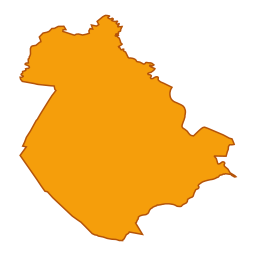 outline of Dagda, Dagdas, Latvia
{"feature_id": "27541924B81677666502993", "entity_name": "Dagda", "entity_type": "district", "adm_level": 2, "iso_a3": "LVA", "parent_name": "Latvia", "parent_adm1": "Dagdas", "projection": "equal_earth", "projection_center": [27.535, 56.098], "detail": "fine", "context": "isolated", "style": "filled", "palette": "amber", "viewbox_px": 256, "rotation_deg": 0, "n_neighbors": 0, "source": "geoboundaries", "source_scale": "gbopen_adm2", "svg_char_len": 5738}
<svg xmlns="http://www.w3.org/2000/svg" viewBox="0 0 256 256"><path d="M122.7,240.6L122.8,239.9L124.0,239.0L125.2,236.8L126.3,234.7L128.5,233.3L129.3,232.0L142.5,234.4L135.6,223.0L136.3,222.5L136.5,222.2L136.6,221.7L137.2,220.4L137.4,219.9L137.9,219.4L138.1,219.0L138.2,218.2L138.4,217.9L138.4,217.1L139.6,216.1L140.7,215.6L141.5,215.4L142.4,215.1L146.0,214.6L146.9,214.0L147.6,213.7L148.5,212.7L149.5,210.3L150.7,208.7L151.9,208.1L152.5,207.5L153.4,206.9L155.6,206.0L156.7,205.7L156.9,205.2L157.4,205.0L158.2,205.1L160.6,204.7L162.3,204.3L163.8,204.1L164.1,204.0L165.5,203.8L167.4,203.8L168.8,203.8L170.0,203.9L172.4,204.3L173.4,204.5L174.3,204.8L175.4,205.3L177.0,206.2L177.3,206.3L177.6,206.3L178.3,206.4L179.6,206.5L180.0,206.5L180.3,206.5L180.9,206.4L181.2,206.3L181.4,206.2L181.6,206.0L182.0,205.5L182.4,205.1L182.9,204.7L183.2,204.5L183.8,204.2L184.9,203.6L185.9,203.2L186.1,203.0L186.4,202.8L186.6,202.6L186.8,202.3L187.2,201.7L187.3,201.5L187.4,201.2L187.4,200.9L187.5,200.6L187.5,200.1L187.5,199.9L187.6,199.7L187.8,199.3L188.1,199.1L188.3,198.9L188.8,198.6L189.7,198.1L190.4,197.7L191.9,197.2L192.1,197.1L192.4,196.9L192.6,196.7L192.9,196.4L193.1,196.2L193.5,195.1L193.7,194.4L193.9,193.7L194.2,192.9L194.5,192.3L194.9,191.5L195.7,189.7L197.6,188.9L198.0,188.7L198.3,188.4L198.6,188.1L198.8,187.8L198.9,187.3L198.9,186.8L198.5,186.2L198.3,185.9L198.2,185.6L198.5,185.0L199.1,184.3L199.8,183.8L201.9,182.3L202.8,181.8L205.4,180.9L208.0,180.2L210.7,179.6L211.7,179.5L212.7,179.3L213.7,179.0L214.8,178.6L216.0,178.1L216.6,177.5L217.7,177.4L218.2,177.1L218.7,176.7L219.6,175.4L220.1,175.2L222.0,174.8L222.7,174.4L223.2,174.1L224.7,174.1L225.4,173.7L230.6,174.4L231.1,174.6L231.6,175.3L233.0,176.1L233.5,176.2L233.8,176.6L234.4,176.9L234.8,177.0L235.9,176.7L234.8,175.7L230.1,172.8L227.9,169.1L224.5,166.3L224.1,164.8L224.8,163.1L224.2,162.2L223.5,161.9L222.3,161.9L219.8,163.7L218.6,164.0L217.8,163.7L216.3,158.6L214.7,156.7L214.4,156.3L214.5,156.0L226.1,156.2L227.3,151.8L228.3,149.2L228.4,146.6L229.6,144.8L231.3,144.8L232.5,144.7L233.7,144.5L234.2,144.4L233.9,143.4L232.0,138.9L229.3,138.2L226.4,136.6L223.2,134.9L207.7,128.3L204.6,127.2L204.3,127.3L203.9,127.3L203.2,127.5L202.8,127.6L202.5,127.8L201.2,128.7L198.8,130.8L193.5,135.9L191.3,135.5L190.2,134.9L189.2,133.9L188.3,132.8L187.7,131.9L187.3,131.3L186.2,130.4L184.8,129.3L183.2,128.3L182.7,127.8L182.2,127.0L182.0,126.5L182.0,126.0L182.2,124.8L182.8,123.0L183.4,121.4L184.0,119.9L184.3,118.9L184.6,117.9L184.9,116.9L184.9,115.7L185.2,114.1L185.4,112.5L185.4,111.4L185.3,110.3L184.7,108.7L184.5,108.0L184.1,107.4L183.7,106.8L183.3,106.3L182.5,105.7L181.6,105.1L180.4,104.5L178.9,103.8L177.4,103.1L175.0,102.1L173.8,101.5L172.4,100.4L171.2,99.0L170.5,97.6L170.1,96.1L169.9,94.4L169.9,92.9L170.0,92.2L170.6,89.7L172.0,87.3L163.8,83.3L160.5,81.9L158.5,80.3L158.1,79.4L158.3,77.7L157.7,76.9L156.1,76.8L154.4,77.5L153.1,78.4L152.3,78.6L151.0,78.6L150.4,77.7L151.1,76.6L151.3,75.7L150.6,75.0L149.6,74.7L148.2,74.5L147.8,73.6L148.3,73.1L149.6,72.6L150.9,72.4L153.5,70.5L154.7,69.2L154.9,68.6L151.1,67.0L149.8,66.1L149.6,65.9L149.7,65.5L149.9,65.2L150.3,65.2L151.8,65.8L152.7,65.8L153.9,64.9L152.1,63.4L150.8,62.9L148.6,62.8L146.9,62.5L146.0,62.5L145.7,62.7L144.9,63.7L144.3,64.0L143.7,64.1L139.8,62.1L139.2,62.0L137.3,61.7L136.7,61.4L135.9,60.1L134.7,59.1L132.9,58.4L130.5,58.0L129.3,58.1L128.7,57.8L128.1,57.3L125.6,52.1L123.7,51.0L123.3,50.3L123.7,49.5L123.7,49.2L123.0,49.1L122.4,49.4L121.4,49.8L120.9,49.6L119.5,47.2L118.9,47.4L118.5,46.6L121.6,44.7L122.1,44.1L120.5,42.5L120.5,41.7L119.2,38.1L117.9,37.3L117.5,36.6L117.1,36.4L116.4,36.1L115.9,36.1L115.5,36.0L115.4,35.9L115.8,35.7L117.9,35.5L118.3,35.4L118.0,35.0L117.8,34.8L115.7,34.3L115.7,34.2L115.8,34.1L117.0,33.7L117.4,33.8L117.9,34.0L118.3,34.1L118.4,33.9L118.5,33.6L118.5,33.2L118.4,32.8L118.3,32.3L118.6,31.9L119.2,31.7L119.9,31.4L120.4,31.1L120.6,30.8L120.6,29.7L121.6,27.5L121.9,27.0L122.1,26.5L121.8,26.5L120.8,26.8L120.5,26.8L119.7,26.5L119.4,26.5L118.9,26.6L118.3,26.9L118.1,26.9L117.9,26.6L117.7,26.2L117.8,25.9L118.0,25.6L118.2,25.3L118.9,24.3L119.2,23.9L119.1,23.6L118.6,23.6L118.1,23.9L117.5,24.2L117.3,24.2L116.7,23.9L116.4,23.6L116.2,23.3L116.2,23.1L116.7,22.4L117.4,21.6L117.5,21.4L117.4,21.2L117.1,21.2L116.6,21.2L115.7,21.4L114.7,21.5L113.0,21.0L112.1,20.7L111.7,20.4L111.8,20.3L112.4,19.8L113.2,19.2L113.2,18.9L112.9,18.6L112.5,18.3L112.3,18.3L111.8,18.4L110.7,18.9L110.1,18.9L109.9,18.9L109.2,18.6L108.5,18.3L107.9,17.8L107.9,17.5L108.4,17.0L109.3,16.4L109.5,16.1L109.3,15.9L107.1,15.5L105.5,15.4L104.5,15.8L102.7,16.8L97.1,21.4L98.8,24.6L96.5,26.1L91.4,25.0L92.7,29.1L90.1,28.6L88.9,30.9L89.3,33.2L86.4,34.2L82.6,35.0L78.5,34.0L76.3,34.2L74.4,35.2L62.8,31.4L63.1,29.7L65.9,29.6L63.9,26.3L58.3,26.4L54.4,28.4L51.9,28.5L49.2,31.3L47.1,32.2L43.0,33.1L39.3,37.0L40.6,40.3L40.9,41.7L39.6,42.3L36.0,45.3L32.2,46.0L31.2,46.7L30.4,48.7L30.5,54.0L30.0,55.8L29.3,56.7L29.3,57.8L28.9,58.6L28.2,59.1L28.4,62.9L26.2,63.1L25.3,63.6L25.2,64.5L28.5,65.8L29.3,66.7L29.4,67.4L28.5,68.3L26.6,68.5L25.6,68.8L25.9,69.9L25.6,70.4L24.4,71.0L22.6,71.5L22.6,73.1L21.3,74.0L21.1,74.7L21.4,75.0L22.6,75.7L23.2,76.1L23.2,76.5L22.0,77.2L20.1,77.2L20.6,79.3L22.3,81.4L34.5,83.6L36.0,84.0L37.8,84.4L50.2,85.7L54.1,86.0L54.9,89.4L55.9,90.5L51.9,95.7L48.8,100.5L40.6,113.7L37.3,119.4L36.2,120.5L30.5,130.9L26.4,137.3L24.6,142.1L22.7,146.1L26.3,146.9L20.1,155.4L29.2,168.4L36.9,179.5L41.3,186.1L44.9,191.2L47.5,191.8L52.7,197.6L72.3,216.1L77.2,219.6L81.0,222.2L88.4,229.7L92.2,233.6L94.7,234.8L96.2,235.1L97.1,235.2L98.2,236.0L103.2,237.0L107.3,238.4L111.8,239.2L115.4,239.4L116.6,239.6L117.8,240.0L118.4,240.2L119.2,240.5L120.0,240.5L121.0,240.5L122.0,240.6L122.7,240.6Z" fill="#f59e0b" stroke="#b45309" stroke-width="1.5"/></svg>